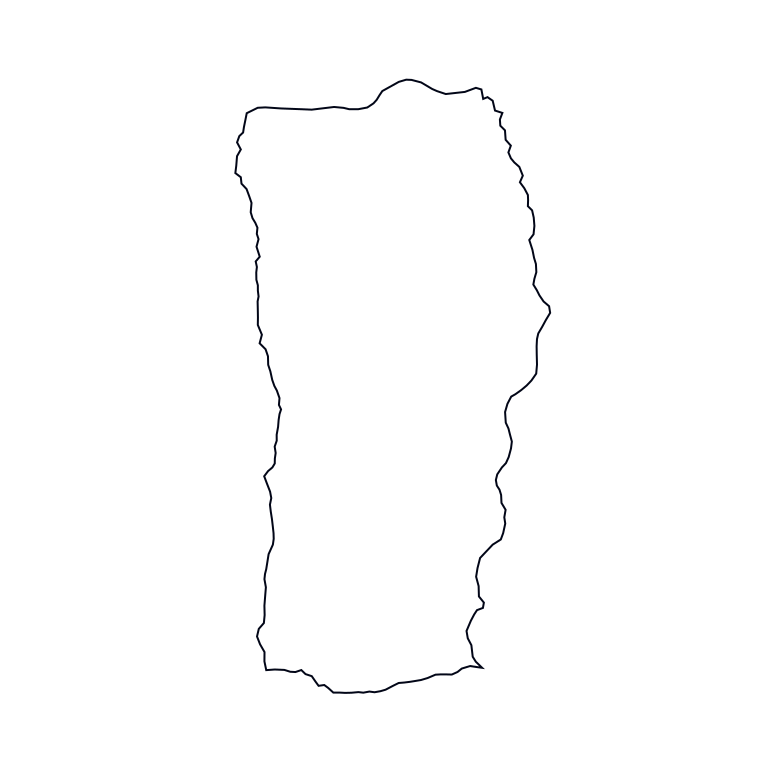 the district of Taciba, São Paulo, Brazil, rotated 165°
{"feature_id": "56859067B58101477098710", "entity_name": "Taciba", "entity_type": "district", "adm_level": 2, "iso_a3": "BRA", "parent_name": "Brazil", "parent_adm1": "São Paulo", "projection": "orthographic", "projection_center": [-51.338, -22.499], "detail": "fine", "context": "isolated", "style": "outline", "palette": "ink", "viewbox_px": 768, "rotation_deg": 165, "n_neighbors": 0, "source": "geoboundaries", "source_scale": "gbopen_adm2", "svg_char_len": 2946}
<svg xmlns="http://www.w3.org/2000/svg" viewBox="0 0 768 768"><g transform="rotate(165 384 384)"><path d="M205.1,409.7L204.4,416.4L208.5,422.4L210.9,429.3L212.1,435.0L214.0,441.4L211.5,446.7L207.9,452.6L206.2,460.6L206.4,467.0L205.9,475.1L206.4,485.5L200.8,489.9L197.8,497.8L196.3,506.0L196.0,513.4L199.0,518.5L197.2,524.4L196.1,529.3L197.8,536.8L200.5,543.7L196.0,549.3L197.1,558.7L200.8,564.3L203.0,569.1L203.9,575.5L199.8,581.4L203.3,588.4L201.5,597.7L204.8,603.4L203.6,609.5L199.5,615.2L206.0,619.4L205.7,629.5L209.8,634.3L214.4,633.7L213.7,643.3L218.6,646.3L230.3,645.2L249.3,648.1L257.0,653.2L261.1,656.5L270.1,665.7L278.7,670.6L283.8,672.2L291.5,672.0L309.8,667.4L313.5,664.2L317.5,660.4L321.5,657.8L328.6,655.4L337.8,656.1L346.6,658.5L351.6,661.2L360.5,664.5L374.4,666.5L382.8,667.7L392.7,670.8L412.1,676.8L427.0,681.9L434.5,683.5L446.5,681.1L449.7,674.6L452.8,668.4L455.0,663.4L459.6,660.9L463.4,655.4L461.6,647.6L467.0,642.1L470.2,633.1L473.0,626.2L468.8,620.8L469.8,614.4L466.3,607.9L465.6,600.4L465.1,593.2L468.3,584.4L468.1,578.2L466.6,573.0L465.8,567.7L468.0,561.9L467.7,556.4L471.6,549.6L471.1,539.1L476.2,535.6L476.5,529.9L478.5,524.9L480.3,517.7L480.3,512.0L481.7,506.7L482.5,501.0L484.7,496.5L486.4,489.5L488.6,480.7L490.6,473.7L489.2,463.2L493.6,455.5L489.4,448.2L488.9,440.8L490.9,432.5L490.5,425.6L490.9,416.9L490.4,410.5L489.2,405.4L488.6,397.4L490.9,391.0L490.0,386.1L492.7,382.0L495.1,376.5L497.4,370.0L500.8,362.8L502.3,357.0L505.8,351.8L506.5,345.4L508.7,340.3L510.1,335.5L513.4,332.3L518.5,329.9L523.6,325.9L522.9,318.7L521.9,309.5L522.4,303.0L525.4,297.0L526.4,290.0L527.2,282.5L528.3,275.0L529.3,268.5L530.6,263.0L532.9,257.6L539.5,249.5L542.7,242.3L545.7,235.6L548.1,231.3L550.0,226.4L550.7,218.2L553.5,210.4L556.9,200.8L559.1,191.7L561.9,184.2L568.3,179.9L572.0,173.0L571.1,164.7L568.8,156.0L571.3,147.0L571.8,138.1L563.4,136.5L554.2,133.6L549.0,130.3L544.1,128.7L537.9,129.1L534.9,124.1L529.4,120.5L527.2,114.3L525.3,109.4L519.6,108.7L516.6,104.9L512.8,99.0L506.4,97.3L501.5,95.7L495.3,94.2L488.4,93.0L483.9,91.2L477.7,90.7L472.9,88.7L467.0,88.2L461.6,88.3L453.6,90.1L447.2,91.4L441.7,90.4L436.0,89.6L430.1,89.0L424.9,88.5L418.0,88.7L409.5,89.9L404.3,88.8L399.1,87.4L393.7,85.8L387.5,86.8L382.5,89.0L373.9,89.3L367.7,86.6L362.7,84.5L367.2,92.0L368.9,97.6L367.2,109.1L368.9,116.7L368.2,124.1L361.4,132.8L356.5,138.1L352.7,141.5L346.4,142.1L344.1,147.0L347.3,154.2L344.9,164.3L344.9,174.0L341.3,182.0L336.2,191.1L330.5,194.6L320.6,200.7L311.4,203.6L307.5,209.1L303.0,217.8L302.3,224.1L299.1,231.0L301.3,238.7L299.6,246.5L299.8,252.0L301.3,256.7L300.8,262.3L298.0,267.4L291.7,272.9L286.7,276.0L282.5,281.1L278.0,288.9L275.4,295.3L275.4,303.1L275.3,308.8L276.4,315.1L274.3,325.6L269.9,332.9L264.4,338.9L259.8,340.1L253.3,342.5L246.6,345.6L240.7,349.2L234.3,354.6L231.2,363.1L228.8,373.1L226.8,381.0L224.6,387.8L221.9,392.9L216.4,398.3L211.2,403.8L205.1,409.7Z" fill="none" stroke="#020617" stroke-width="2"/></g></svg>